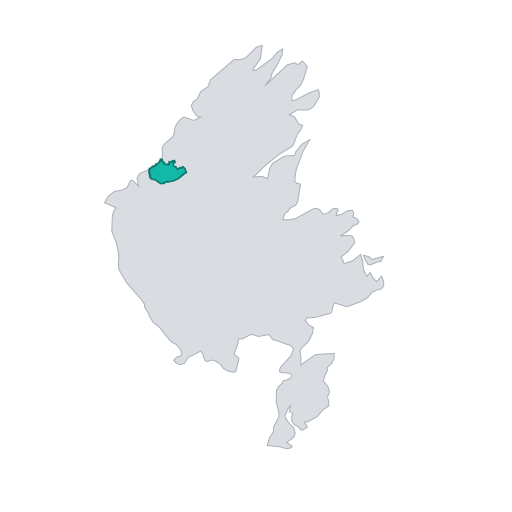 Portlaw-Kilmacthomas Lea-5, Waterford, Ireland shown in context, rotated 154°
{"feature_id": "5873133B10835743668931", "entity_name": "Portlaw-Kilmacthomas Lea-5", "entity_type": "district", "adm_level": 2, "iso_a3": "IRL", "parent_name": "Ireland", "parent_adm1": "Waterford", "projection": "orthographic", "projection_center": [-7.459, 52.233], "detail": "fine", "context": "in_parent", "style": "filled", "palette": "teal", "viewbox_px": 512, "rotation_deg": 154, "n_neighbors": 0, "source": "geoboundaries", "source_scale": "gbopen_adm2", "svg_char_len": 8303}
<svg xmlns="http://www.w3.org/2000/svg" viewBox="0 0 512 512"><g transform="rotate(154 256 256)"><path d="M314.9,94.9L306.1,101.2L304.7,103.5L302.3,113.0L302.0,115.7L296.4,126.3L293.3,128.5L288.6,130.2L285.9,131.9L282.6,131.0L278.4,131.1L276.2,133.0L276.3,134.4L277.6,136.1L285.4,141.0L284.9,143.1L282.7,145.3L268.6,150.9L264.4,154.4L262.9,156.6L264.3,160.4L275.5,171.9L277.5,173.2L279.1,179.8L289.1,182.6L293.2,186.8L296.7,187.8L304.4,187.4L307.4,189.0L309.2,187.8L310.2,185.6L318.8,177.5L316.1,171.5L324.7,161.1L327.0,161.3L331.1,164.4L334.4,168.7L335.6,174.6L338.8,179.8L340.8,181.6L346.4,182.6L347.7,184.7L346.8,192.3L347.6,194.8L361.7,194.4L367.3,191.0L372.1,191.6L374.6,194.9L375.7,198.4L371.6,199.8L367.2,199.2L365.1,201.5L365.0,206.0L366.6,211.7L369.6,215.7L372.1,224.8L374.2,234.9L377.4,241.0L378.2,248.6L377.8,252.4L378.5,259.1L377.2,261.5L378.3,267.8L383.9,288.1L385.2,304.0L382.8,310.0L379.4,315.7L377.3,322.5L375.7,329.7L374.8,341.4L367.4,355.2L364.3,358.7L360.6,360.8L368.9,370.3L362.2,374.6L354.9,376.1L346.8,373.8L341.8,374.1L335.4,379.1L333.9,378.3L330.8,370.4L328.7,378.5L324.0,381.2L316.0,380.6L302.6,382.8L297.5,385.1L295.3,388.7L293.7,392.9L291.6,395.4L289.3,396.7L278.9,399.7L276.8,400.9L272.0,407.6L265.6,411.5L260.4,412.6L255.8,408.6L253.9,406.3L251.8,405.0L244.7,405.1L246.9,406.4L248.3,409.2L249.0,414.5L248.1,419.7L244.5,422.3L240.3,422.7L233.6,428.0L224.8,429.3L219.9,434.2L190.6,442.0L189.0,442.0L185.0,439.8L180.6,438.7L176.3,439.3L163.9,443.6L158.0,442.5L165.9,431.1L176.2,425.5L177.3,423.9L174.0,423.0L154.7,426.5L147.9,429.7L141.2,430.5L144.5,425.3L153.4,418.3L160.9,413.8L164.3,409.6L173.4,405.0L144.0,414.1L136.4,412.6L134.7,409.7L128.7,410.8L126.8,403.9L135.9,394.0L141.2,389.8L147.4,387.7L153.3,384.4L155.6,380.3L152.9,378.9L135.4,379.3L127.1,378.1L127.7,374.8L129.4,371.2L138.3,365.3L143.0,364.4L147.1,365.2L154.4,369.2L164.2,368.3L160.3,364.1L159.8,356.0L156.8,353.1L160.9,349.5L165.5,347.3L173.4,339.8L176.1,338.6L191.2,337.2L207.5,333.4L223.7,328.1L215.5,324.8L211.7,320.5L205.2,328.8L200.5,331.9L187.6,333.3L183.6,332.3L177.9,329.5L176.1,330.4L174.4,332.4L165.7,336.3L156.7,337.0L167.4,329.7L180.9,317.2L184.0,313.3L188.4,306.3L187.2,303.1L184.5,301.2L194.4,286.9L197.8,284.3L203.9,284.1L208.4,281.9L210.3,281.9L212.1,281.1L216.1,276.8L210.1,273.9L204.0,272.3L184.8,273.3L182.3,272.9L179.9,271.5L178.4,269.6L177.4,264.6L176.1,263.4L171.7,263.3L167.4,264.7L164.5,264.4L161.6,262.2L166.4,257.2L160.5,255.9L154.4,256.6L149.4,254.9L149.4,251.7L151.8,248.7L148.9,245.5L148.4,241.7L151.7,240.0L155.1,240.7L162.3,238.1L171.4,237.1L163.7,234.1L160.7,231.6L160.7,227.9L161.4,224.8L170.6,219.9L180.2,217.8L179.6,214.4L180.4,210.6L170.8,209.3L161.2,211.6L162.4,204.5L164.9,198.1L165.5,193.8L165.2,189.3L160.7,191.1L160.4,184.6L158.7,180.1L152.0,182.9L152.4,177.1L154.4,173.1L157.9,171.5L161.3,172.4L167.6,172.5L173.8,169.6L182.5,169.1L196.5,170.5L205.9,179.3L208.4,177.8L212.4,172.5L214.2,171.9L228.6,174.6L237.5,177.9L240.0,176.9L238.8,170.8L235.7,166.6L239.7,161.2L244.5,157.5L247.6,155.7L254.9,153.5L258.1,151.4L260.3,144.3L263.7,138.5L245.5,141.3L228.4,134.1L231.2,129.2L234.9,126.5L241.2,124.4L241.8,121.9L245.0,119.8L250.3,114.2L248.5,106.9L249.6,101.5L253.4,98.1L254.6,93.1L256.3,89.4L263.9,88.2L271.3,84.8L282.5,84.4L285.4,85.8L284.8,79.7L290.0,79.0L292.1,80.2L293.0,84.5L295.4,87.2L296.1,92.0L294.5,95.7L291.8,98.5L294.3,101.4L290.4,106.6L294.6,104.4L300.5,99.3L300.2,95.1L299.2,89.8L297.5,85.1L298.3,79.8L301.6,76.5L310.2,74.9L306.7,68.9L309.8,68.4L313.3,69.6L318.3,74.2L329.0,80.7L323.8,86.5L317.4,90.5L314.9,94.9ZM159.4,206.7L159.0,209.5L154.9,205.9L153.0,202.0L141.5,199.8L146.5,196.2L148.8,197.4L156.9,197.9L159.2,199.5L159.4,206.7Z" fill="#d9dde1" stroke="#a8b0b8" stroke-width="1"/><path d="M306.7,361.5L306.6,361.9L306.5,362.0L306.3,362.1L306.6,362.3L305.4,362.2L304.5,361.9L304.1,361.6L303.9,361.9L303.2,361.9L302.8,361.8L302.8,361.2L302.3,360.8L301.6,360.7L301.2,360.8L300.1,360.6L299.8,360.5L299.0,360.4L298.6,360.2L298.2,359.9L297.8,359.8L297.1,359.7L296.5,359.8L296.0,359.6L295.4,359.7L295.3,360.0L294.9,360.0L293.4,359.4L292.7,359.6L292.0,359.6L291.8,359.6L291.7,359.8L290.8,359.9L290.4,360.1L290.1,360.1L289.7,359.9L288.8,360.1L288.9,360.4L288.8,360.5L288.5,360.5L287.7,360.8L287.2,360.9L287.1,361.0L287.3,361.0L286.9,361.1L286.8,361.3L286.7,361.3L286.7,361.0L286.3,361.2L286.3,360.8L285.9,360.8L285.1,361.0L285.0,361.3L284.2,361.6L283.6,361.5L282.5,361.4L282.0,361.5L281.9,361.6L282.0,361.8L282.1,362.4L282.1,362.6L281.7,362.8L281.9,363.2L281.8,363.3L281.9,363.7L281.7,364.5L281.7,365.0L281.5,365.5L281.6,365.9L281.7,366.2L281.7,366.5L281.9,366.7L282.0,366.8L282.1,367.0L282.3,367.3L282.3,367.5L282.2,367.8L282.4,368.0L282.5,368.2L282.7,368.3L282.9,368.4L283.0,368.3L283.2,368.2L283.5,368.2L283.9,368.1L284.3,367.9L284.4,368.0L284.4,367.7L284.9,367.8L285.0,367.7L285.5,368.1L285.6,368.4L286.1,368.7L286.6,368.8L287.0,368.4L287.4,368.3L287.6,368.1L287.9,368.1L288.2,368.4L288.4,368.3L288.7,368.7L288.7,369.1L288.9,369.5L288.9,369.8L288.8,370.2L289.0,370.7L288.8,371.2L288.9,371.5L289.0,371.7L289.5,371.7L289.9,372.0L290.5,372.3L290.5,372.8L290.4,373.9L290.3,374.0L290.2,374.4L290.1,374.6L289.8,374.8L289.8,375.0L289.7,375.3L289.3,375.6L289.4,375.8L289.4,376.0L289.3,375.9L289.0,376.0L288.8,376.2L288.7,376.0L288.4,376.2L288.1,376.1L287.8,375.8L287.8,375.6L287.7,375.6L287.5,375.4L287.2,375.4L287.5,375.5L287.6,375.9L287.5,376.1L287.6,376.3L287.4,376.8L287.3,377.1L287.6,377.8L288.3,377.9L288.6,377.8L289.1,378.1L289.4,378.2L289.5,377.9L289.8,377.9L290.2,377.6L290.6,377.9L291.1,378.1L291.6,377.8L291.8,377.8L292.0,378.0L292.2,378.4L292.4,378.5L292.7,378.8L293.2,377.4L293.2,377.0L293.8,376.5L293.6,377.3L293.9,377.5L294.1,377.6L294.8,377.3L294.9,377.2L295.7,376.9L296.1,377.1L296.4,377.5L296.6,377.9L296.7,378.0L297.2,378.0L297.4,378.2L297.6,378.5L297.6,378.8L297.8,379.2L298.0,379.3L297.4,379.5L297.3,379.8L297.5,380.0L297.8,380.2L297.7,380.5L297.9,380.7L298.0,381.0L298.0,381.4L298.2,381.5L298.3,381.4L298.4,381.5L298.5,381.6L298.5,381.8L298.4,382.0L298.5,382.1L298.6,382.6L298.4,382.6L298.2,383.0L298.1,383.3L298.3,383.3L298.5,383.4L298.7,383.5L298.4,383.8L298.5,384.1L298.4,384.3L298.5,384.4L298.9,384.7L299.0,384.7L299.2,384.8L299.2,384.7L299.3,384.6L299.5,384.7L299.6,384.4L299.8,384.3L300.0,384.3L300.0,384.1L300.3,384.0L300.3,383.8L300.5,383.9L300.5,384.0L300.7,383.9L300.8,383.8L300.8,383.7L301.0,383.6L301.0,383.3L301.1,383.2L301.3,383.1L301.3,382.9L301.5,382.6L301.6,382.8L301.5,383.1L301.9,382.9L302.0,382.9L302.5,382.4L303.0,382.4L303.3,382.3L303.3,382.2L303.5,382.1L303.8,382.1L304.1,382.1L304.5,382.1L304.8,381.9L305.1,382.1L305.3,382.3L305.3,382.2L305.4,382.3L305.5,382.3L305.5,382.1L305.8,382.2L306.1,382.1L306.1,381.9L306.4,381.8L306.4,381.7L306.5,381.8L306.6,381.7L306.7,381.4L306.8,381.3L307.4,381.2L307.3,381.4L307.7,381.3L307.9,381.3L308.1,381.3L308.4,381.3L308.6,381.3L308.8,381.4L308.8,381.5L309.0,381.4L309.1,381.5L309.3,381.4L309.5,381.4L309.5,381.6L309.6,381.4L309.8,381.2L309.9,381.3L309.9,381.5L310.0,381.5L310.1,381.4L310.1,381.5L310.2,381.4L310.2,381.5L310.3,381.5L310.5,381.5L310.5,381.8L310.7,381.7L310.9,381.5L310.9,381.4L311.0,381.1L311.3,381.1L311.5,381.0L312.0,381.1L312.3,381.2L312.5,381.1L312.8,381.4L313.0,381.3L313.4,381.4L313.5,381.3L313.6,381.1L313.7,380.8L313.9,380.7L314.2,380.8L314.3,380.6L314.4,380.2L314.2,380.1L314.3,379.9L314.1,379.8L314.3,379.5L314.4,379.4L314.4,379.2L314.2,379.3L314.3,379.1L314.2,379.1L314.2,378.9L314.3,378.9L314.4,379.0L314.7,379.1L314.8,378.7L315.1,378.6L315.2,378.3L315.5,378.5L315.8,377.9L315.7,377.7L315.8,377.3L315.6,377.1L315.8,376.5L315.6,376.6L315.5,376.4L315.4,376.3L315.7,376.2L315.8,375.9L316.1,375.7L316.1,375.3L315.9,375.2L315.6,375.1L315.6,374.8L315.5,374.4L316.4,374.0L316.6,374.1L316.7,373.8L316.8,373.9L316.9,373.5L316.8,373.2L316.8,372.7L316.7,372.4L316.5,372.2L316.2,371.9L316.3,371.8L316.3,371.6L316.2,371.7L316.3,371.6L316.2,371.5L316.2,371.4L316.3,371.3L316.2,371.1L315.8,371.1L315.3,370.8L315.1,370.5L314.7,369.5L314.6,369.3L314.2,369.2L313.4,369.1L313.1,368.8L312.4,367.3L312.0,366.7L311.9,366.4L311.9,366.1L311.9,365.9L311.6,365.6L311.3,365.6L310.9,365.2L311.0,364.5L311.0,364.4L310.8,364.1L310.3,363.5L310.2,363.5L309.9,363.3L309.6,362.8L309.6,362.6L307.7,362.1L307.6,361.7L306.7,361.5Z" fill="#14b8a6" stroke="#0f766e" stroke-width="1.5"/></g></svg>